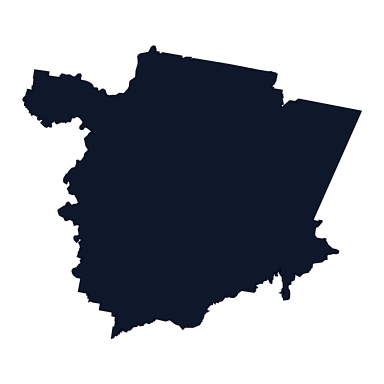 Wingecarribee, New South Wales, Australia
{"feature_id": "25037944B71438306812596", "entity_name": "Wingecarribee", "entity_type": "district", "adm_level": 2, "iso_a3": "AUS", "parent_name": "Australia", "parent_adm1": "New South Wales", "projection": "mercator", "projection_center": [150.329, -34.491], "detail": "fine", "context": "isolated", "style": "filled", "palette": "ink", "viewbox_px": 384, "rotation_deg": 0, "n_neighbors": 0, "source": "geoboundaries", "source_scale": "gbopen_adm2", "svg_char_len": 5804}
<svg xmlns="http://www.w3.org/2000/svg" viewBox="0 0 384 384"><path d="M182.8,329.1L184.9,327.0L193.1,327.1L199.2,324.6L200.2,323.3L200.4,322.2L201.8,321.2L201.4,319.7L202.9,318.7L202.8,317.2L203.4,316.9L204.0,314.0L205.1,313.5L205.7,312.4L208.2,311.1L207.0,310.7L206.6,308.7L209.0,306.1L208.9,305.2L210.2,305.0L210.7,304.3L212.1,304.3L211.8,303.4L213.9,302.2L215.0,303.4L215.3,302.3L216.9,301.9L218.2,302.4L219.3,300.9L221.1,301.0L222.3,300.3L225.6,296.1L226.6,297.1L229.6,296.4L230.8,297.1L233.9,297.3L236.5,295.2L237.7,293.1L241.4,290.1L254.0,292.1L255.5,290.6L255.0,289.5L255.1,288.6L257.1,287.5L255.4,286.1L255.9,284.6L260.8,282.9L262.3,283.2L262.9,280.9L266.3,280.0L266.1,279.0L268.2,278.9L269.7,280.6L270.2,282.6L271.5,283.2L271.9,282.2L271.3,281.1L272.7,279.1L272.7,276.4L274.8,272.2L275.7,272.3L275.6,275.5L277.9,275.9L276.9,275.4L276.9,273.0L277.8,271.2L280.4,270.4L280.3,269.3L280.7,269.5L280.7,270.9L279.4,272.2L280.3,274.3L282.2,276.6L282.6,278.3L282.3,280.3L283.3,282.5L283.5,287.0L283.4,288.0L282.2,289.3L281.8,292.2L280.4,292.8L281.5,293.2L284.6,292.0L282.4,294.5L282.3,296.1L283.7,298.4L283.8,299.8L288.1,299.2L289.2,298.2L289.5,294.6L289.3,290.7L287.9,288.7L287.8,285.6L289.3,284.1L290.6,284.1L290.6,281.4L294.0,279.7L294.6,276.8L294.5,274.7L294.0,273.8L295.4,274.0L299.7,276.3L303.0,273.2L308.4,272.0L309.0,270.5L310.2,269.8L310.6,268.2L312.0,267.1L312.1,264.3L313.0,262.9L322.0,261.7L324.3,259.5L326.9,259.1L326.6,256.3L327.4,254.1L330.2,254.1L333.1,253.2L336.4,253.5L338.2,252.8L338.5,251.1L336.3,249.9L333.8,249.3L333.7,249.9L333.1,249.7L327.5,244.8L327.1,243.3L325.9,242.1L326.0,241.5L325.3,240.6L325.7,239.1L324.7,238.7L322.4,239.2L322.0,239.7L321.5,239.2L316.9,238.4L315.6,237.2L314.6,235.7L314.4,233.8L315.2,228.3L316.1,226.8L317.6,226.5L318.5,225.7L321.8,221.8L321.9,221.0L319.3,220.5L319.1,221.8L313.7,220.7L313.1,219.2L361.0,111.3L298.6,99.3L295.4,101.6L295.6,101.8L289.8,100.9L281.6,108.1L280.8,104.5L283.1,104.0L281.7,97.8L282.9,97.5L282.3,95.0L282.5,94.5L281.4,94.3L282.0,90.4L272.8,88.9L273.4,87.6L272.2,87.4L271.7,86.5L271.9,85.7L274.6,83.2L274.5,81.6L275.6,80.9L275.9,79.7L275.8,78.3L276.5,77.4L276.3,76.1L277.0,74.3L275.7,73.9L275.6,73.2L271.6,72.5L271.7,72.0L270.2,71.8L270.2,72.3L258.9,70.5L229.7,64.8L193.0,58.7L192.8,60.2L190.7,59.8L191.1,57.6L186.1,57.4L183.2,58.6L181.4,58.8L181.8,56.3L162.4,52.9L162.2,54.3L158.4,53.7L158.9,52.2L155.4,51.7L156.0,51.2L155.6,50.3L155.7,48.5L155.1,48.0L155.2,46.9L153.7,46.0L151.4,47.4L150.4,49.8L148.5,52.6L140.3,54.1L138.5,55.4L137.9,56.9L138.4,60.2L138.3,64.0L136.3,70.7L135.9,76.7L135.3,77.8L130.7,80.9L130.0,82.0L129.7,86.2L128.6,88.7L124.4,93.5L123.8,93.9L119.6,93.5L115.6,95.8L112.7,95.5L109.8,96.0L107.8,95.6L106.4,94.8L104.8,90.4L103.4,89.4L102.1,89.3L99.5,91.4L98.5,91.6L97.9,91.0L97.3,88.5L96.6,88.1L93.3,88.1L92.5,85.5L91.4,84.2L89.2,82.8L85.7,81.3L80.4,80.4L80.4,77.8L81.0,75.2L80.2,74.1L78.1,74.2L75.9,76.6L74.7,77.2L73.3,77.2L69.7,75.1L65.0,75.4L64.2,74.5L61.8,74.2L61.6,75.7L60.4,75.5L60.1,77.8L48.1,76.1L48.8,72.1L34.9,70.1L33.7,78.1L34.3,78.2L33.8,82.9L33.3,86.4L32.4,86.2L32.2,88.2L33.6,89.7L33.4,90.6L27.5,89.6L27.8,91.8L27.1,91.8L26.6,93.0L26.0,95.3L26.4,96.1L24.2,97.3L23.0,99.6L23.8,101.1L25.8,101.6L24.7,103.5L24.8,105.3L26.0,105.3L26.2,107.2L27.3,106.8L27.3,107.9L30.0,110.9L29.5,112.3L31.2,113.1L31.7,115.0L34.0,114.1L36.7,116.0L39.2,115.8L39.4,116.6L37.7,117.9L37.9,119.2L39.0,120.0L41.6,118.9L42.9,119.2L43.2,120.6L41.1,122.8L45.3,126.7L46.7,127.1L48.5,125.7L50.0,126.8L51.3,126.7L51.4,125.7L50.7,123.1L53.3,121.5L54.4,120.1L55.5,121.2L55.4,122.4L56.9,123.6L60.2,122.2L60.1,121.3L60.5,121.1L62.9,122.2L64.2,121.3L65.6,122.6L67.3,121.2L69.9,121.6L70.5,121.1L71.5,117.2L73.4,117.8L77.0,116.2L78.3,116.5L80.1,117.7L83.2,121.5L83.0,123.4L80.0,126.8L80.0,128.3L80.5,128.9L81.5,129.4L83.0,129.0L84.3,127.1L85.2,126.7L87.2,127.4L91.9,131.1L91.4,132.2L89.4,133.3L88.0,135.7L84.7,138.7L86.2,146.0L88.6,149.4L88.2,150.6L85.1,153.5L84.2,157.2L81.0,161.3L79.4,161.4L77.7,160.3L76.9,160.7L76.9,163.7L75.4,167.6L72.0,168.5L69.1,171.5L68.0,173.6L66.4,174.5L64.0,178.4L63.8,181.5L64.6,182.5L66.6,183.6L67.4,181.1L68.4,180.8L69.2,181.1L69.8,182.1L70.4,185.5L67.6,188.6L69.1,191.5L69.3,193.2L72.5,194.4L73.8,193.9L74.6,194.2L77.1,198.4L78.8,203.0L76.9,204.3L74.0,204.6L72.0,205.7L71.0,205.2L68.6,202.4L67.6,202.6L66.7,203.3L65.5,206.1L64.1,206.3L58.6,209.8L58.2,210.7L59.0,213.9L60.1,215.4L63.9,217.2L65.2,220.1L66.2,220.5L69.4,219.2L70.4,219.4L73.1,220.7L74.4,225.1L77.3,224.3L78.8,224.8L79.4,225.6L79.6,226.8L78.5,228.8L78.5,230.0L79.2,233.0L79.2,235.3L77.5,236.2L75.1,236.1L74.4,236.5L74.1,237.5L74.4,239.7L76.6,242.0L78.4,240.1L78.3,238.6L80.8,238.5L81.1,238.9L81.4,241.1L78.9,242.6L80.2,245.1L80.7,248.3L79.8,249.0L79.8,250.6L78.6,252.1L78.2,255.0L77.5,256.5L80.8,257.8L82.2,257.7L81.7,259.2L80.5,260.3L80.6,261.5L81.7,263.3L79.2,264.6L76.7,268.0L73.4,268.8L72.2,270.6L72.7,273.0L73.8,275.0L76.8,277.2L81.2,278.0L78.6,291.3L87.3,293.0L86.9,294.9L88.4,295.2L88.0,297.8L89.6,298.0L89.1,301.4L90.6,300.6L92.6,301.8L100.6,303.0L99.6,309.6L112.4,311.9L112.1,315.7L115.7,316.4L115.2,320.1L115.8,320.2L115.5,322.1L116.2,322.7L115.6,322.6L114.8,327.5L113.3,327.2L111.7,338.0L113.4,337.5L115.0,334.7L116.7,335.6L117.8,334.0L119.0,333.8L119.4,332.4L119.0,331.8L121.2,331.7L120.4,330.3L121.8,330.4L121.5,329.3L122.4,328.6L124.1,330.9L126.5,331.7L126.7,330.9L128.5,330.0L129.8,330.0L130.5,328.9L131.5,328.7L131.3,328.0L132.5,327.2L131.9,325.4L132.2,326.2L133.4,326.6L136.6,326.2L137.5,324.9L137.5,323.7L139.9,325.6L142.9,325.2L143.6,324.6L143.8,322.9L144.8,323.1L146.9,322.1L148.0,323.2L149.6,323.4L150.1,322.1L152.2,322.0L152.8,320.7L154.3,320.8L154.8,319.8L154.2,319.2L155.5,318.9L154.6,318.2L165.9,320.8L169.8,319.4L174.5,323.1L177.2,324.5L179.4,324.8L182.8,329.1Z" fill="#0f172a" stroke="#020617" stroke-width="1.5"/></svg>